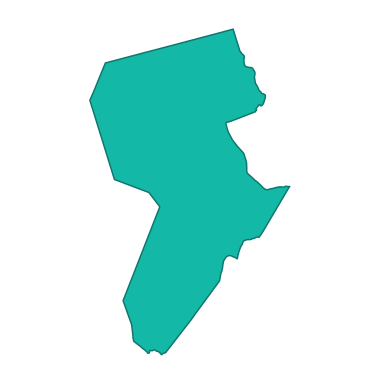 outline of Taulabe, Comayagua, Honduras, rotated 164°
{"feature_id": "27666195B46005131059519", "entity_name": "Taulabe", "entity_type": "district", "adm_level": 2, "iso_a3": "HND", "parent_name": "Honduras", "parent_adm1": "Comayagua", "projection": "robinson", "projection_center": [-87.98, 14.75], "detail": "fine", "context": "isolated", "style": "filled", "palette": "teal", "viewbox_px": 384, "rotation_deg": 164, "n_neighbors": 0, "source": "geoboundaries", "source_scale": "gbopen_adm2", "svg_char_len": 5500}
<svg xmlns="http://www.w3.org/2000/svg" viewBox="0 0 384 384"><g transform="rotate(164 192 192)"><path d="M140.0,130.0L135.5,133.7L96.8,170.3L98.9,171.1L100.0,171.6L101.1,171.6L102.0,171.5L103.0,171.5L103.9,171.8L105.1,172.5L105.8,172.7L106.6,172.8L108.6,173.0L110.6,173.2L113.7,173.1L115.2,173.4L116.6,173.4L117.6,173.3L118.6,173.4L119.7,173.7L121.0,174.6L122.2,176.1L123.3,178.0L124.0,179.4L124.9,181.0L126.1,183.0L127.0,184.4L128.1,185.7L130.0,188.9L130.9,190.4L132.1,192.2L133.0,193.7L133.7,195.0L133.7,196.5L133.4,197.8L132.5,201.0L132.2,202.6L131.8,203.6L131.4,206.1L131.4,208.4L131.5,211.0L131.6,213.3L131.7,215.1L132.4,216.6L135.6,223.0L136.0,223.7L136.1,224.2L136.6,225.5L138.0,228.8L138.6,230.5L138.8,230.9L138.9,231.3L139.1,232.5L139.6,234.7L140.1,237.4L140.4,238.6L140.5,239.4L140.6,240.4L140.6,241.0L140.7,242.3L140.7,243.7L140.7,244.5L140.6,246.7L140.6,247.3L140.6,248.4L140.6,248.7L140.5,249.0L140.4,249.2L140.1,249.3L139.7,249.3L139.0,249.4L138.1,249.4L137.4,249.4L136.5,249.2L136.2,249.2L135.8,249.3L135.4,249.3L109.0,251.7L108.9,251.9L108.8,252.1L108.6,252.2L108.5,252.3L108.3,252.4L108.0,252.6L107.9,252.6L107.7,252.6L107.4,252.8L107.3,253.1L107.3,253.3L107.4,253.7L107.5,254.2L107.5,254.3L107.5,254.5L107.3,254.7L106.8,254.9L106.3,255.3L105.5,255.9L104.6,256.6L103.8,257.2L103.6,257.3L103.4,257.4L103.2,257.4L102.9,257.3L102.8,257.1L102.7,256.8L102.6,256.5L102.6,256.4L102.5,256.2L102.4,256.0L102.2,255.9L101.7,255.8L101.2,255.8L100.9,255.9L99.3,257.0L99.1,257.2L99.0,257.3L98.5,258.0L97.6,259.3L96.9,260.4L95.8,262.2L95.6,262.7L95.3,263.2L95.1,263.5L95.0,264.0L94.9,264.2L94.9,264.4L94.9,264.6L94.9,264.8L94.9,265.0L95.0,265.1L95.1,265.4L95.3,265.6L95.5,265.8L95.8,266.2L96.1,266.4L96.7,266.9L97.3,267.2L97.5,267.4L97.6,267.5L97.8,267.8L97.9,268.0L98.0,268.2L98.1,268.6L98.1,268.8L98.3,269.1L98.8,270.0L99.3,270.7L99.5,271.1L99.5,271.4L99.9,274.5L100.2,276.0L100.3,276.5L100.4,276.9L100.5,277.3L100.7,277.8L100.8,278.1L100.9,278.4L101.0,278.7L101.0,279.0L101.0,279.4L101.0,279.7L101.0,280.0L100.2,285.9L100.1,286.0L99.8,286.5L99.6,286.7L99.5,286.9L99.2,287.5L99.0,287.9L98.9,288.2L98.8,288.6L98.7,288.8L98.6,289.4L98.6,289.7L98.6,290.1L98.7,290.5L98.7,291.1L98.8,291.4L98.9,291.7L99.3,292.7L99.5,293.5L99.6,294.0L99.9,294.5L100.0,294.7L100.1,294.9L100.2,295.0L100.4,295.1L101.1,295.3L101.7,295.6L102.3,295.8L103.3,296.3L104.3,296.9L105.0,297.2L105.2,297.3L105.3,297.4L105.5,297.5L105.7,297.8L105.9,298.0L106.0,298.4L106.2,298.7L106.3,299.1L106.4,299.6L106.5,299.9L106.5,300.2L106.5,300.7L106.5,301.1L106.4,301.6L106.2,302.5L106.0,303.4L105.9,303.9L105.6,304.7L105.5,305.0L105.5,305.3L105.5,305.7L105.5,305.9L105.4,306.1L105.2,306.3L104.8,306.4L104.7,306.5L104.6,306.8L104.5,307.0L104.5,307.4L104.4,308.0L104.4,308.4L104.5,308.7L104.5,308.9L104.6,309.2L104.8,309.5L105.0,309.9L105.2,310.1L105.5,310.4L105.7,310.6L105.9,311.0L106.0,311.3L106.1,311.5L106.1,311.8L106.1,312.0L106.2,312.3L106.2,312.5L106.4,312.8L106.7,313.1L106.8,313.4L107.0,313.9L107.1,314.1L107.1,314.3L107.1,314.6L107.6,337.2L135.6,337.7L239.7,339.9L259.2,315.2L264.9,308.3L263.1,225.4L233.6,203.4L227.0,186.7L288.2,106.5L286.6,80.9L288.4,70.1L288.5,69.6L288.7,69.0L288.8,68.5L288.9,67.9L289.0,67.3L289.0,66.3L289.1,65.5L289.1,65.1L289.1,64.9L289.1,64.7L289.0,64.3L288.8,64.0L288.5,63.6L287.4,62.2L286.1,60.3L285.0,58.9L283.8,57.2L282.9,55.8L282.6,55.3L280.8,53.0L279.4,50.6L279.3,50.3L279.1,49.8L279.0,49.5L278.8,49.3L278.7,49.1L278.4,49.0L278.2,49.0L277.6,49.1L277.3,49.2L277.2,49.3L276.9,49.9L276.7,50.3L276.5,50.9L276.4,51.1L276.3,51.3L276.2,51.4L275.8,51.3L275.7,51.2L275.4,51.0L275.1,50.8L274.5,50.6L274.0,50.4L273.8,50.4L273.7,50.4L273.1,50.6L272.6,50.6L272.0,50.6L271.6,50.6L271.3,50.4L271.2,50.4L271.1,50.2L270.6,49.7L270.4,49.3L270.2,49.1L270.0,48.8L269.4,48.5L268.6,48.0L268.3,47.8L268.1,47.6L267.7,47.0L267.2,46.4L267.1,46.0L266.9,45.6L266.8,45.2L266.5,44.6L266.3,44.3L266.2,44.2L265.9,44.1L265.6,44.1L265.0,44.4L264.0,44.8L263.7,44.9L263.2,45.0L262.7,45.1L262.4,45.0L262.2,44.9L261.9,44.7L250.9,52.7L227.7,69.7L222.8,73.6L190.0,99.0L189.7,99.7L189.6,100.0L188.8,101.4L188.3,102.3L188.1,102.9L187.5,104.1L186.9,105.2L186.8,105.6L186.5,106.0L186.1,106.5L185.8,106.8L185.3,107.6L184.6,108.7L184.1,109.7L183.6,110.6L183.3,111.3L183.1,111.9L182.8,112.6L182.6,113.0L182.3,113.8L182.1,114.2L181.7,114.9L181.2,115.9L180.7,116.7L180.5,117.0L180.4,117.2L180.2,117.4L180.0,117.6L179.6,118.0L178.6,118.9L178.0,119.4L177.8,119.6L177.0,120.1L176.4,120.4L175.9,120.5L175.2,120.6L174.8,120.6L174.3,120.6L173.7,120.6L173.4,120.5L173.1,120.5L172.8,120.3L172.5,120.1L171.5,119.6L171.3,119.4L170.8,118.9L170.2,118.2L169.7,118.0L169.6,117.9L169.4,117.8L169.1,117.5L168.8,117.2L168.3,116.9L168.1,116.7L167.8,116.3L167.5,115.9L167.0,115.4L166.9,115.5L166.7,115.6L166.6,115.8L165.7,117.7L165.5,118.3L165.4,118.4L165.1,118.7L164.9,118.9L164.6,119.3L164.4,119.5L164.3,120.0L164.2,120.3L164.2,120.6L164.1,120.8L163.9,121.0L163.6,121.4L163.2,121.8L161.5,124.3L159.6,126.7L159.5,126.8L159.0,127.1L158.6,127.4L158.2,127.7L158.0,127.9L157.7,128.3L157.4,128.8L157.3,129.1L157.0,129.6L156.9,129.8L156.7,130.0L156.3,130.3L155.6,130.7L155.4,130.7L155.2,130.8L154.2,130.9L153.4,131.0L153.0,131.0L152.7,131.0L152.3,131.0L151.4,130.8L150.3,130.6L150.1,130.5L149.7,130.3L149.0,130.2L148.2,130.2L147.9,130.2L147.5,130.3L147.2,130.4L146.9,130.5L146.6,130.5L146.4,130.5L145.2,130.2L144.5,130.4L143.4,130.6L142.3,130.7L141.8,130.8L141.5,130.7L141.2,130.6L140.6,130.3L140.0,130.0Z" fill="#14b8a6" stroke="#0f766e" stroke-width="1.5"/></g></svg>